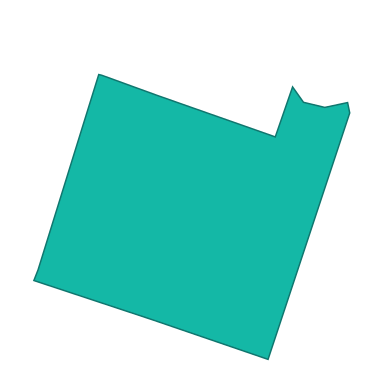 outline of Livingston, Missouri, United States of America, rotated 289°
{"feature_id": "52423323B73589885099286", "entity_name": "Livingston", "entity_type": "district", "adm_level": 2, "iso_a3": "USA", "parent_name": "United States of America", "parent_adm1": "Missouri", "projection": "equal_earth", "projection_center": [-93.472, 39.79], "detail": "fine", "context": "isolated", "style": "filled", "palette": "teal", "viewbox_px": 384, "rotation_deg": 289, "n_neighbors": 0, "source": "geoboundaries", "source_scale": "gbopen_adm2", "svg_char_len": 330}
<svg xmlns="http://www.w3.org/2000/svg" viewBox="0 0 384 384"><g transform="rotate(289 192 192)"><path d="M58.3,195.3L58.5,318.4L318.1,315.4L327.2,310.0L315.2,290.0L313.1,268.2L324.1,252.9L271.2,252.8L272.0,127.6L273.0,68.6L272.7,65.6L68.2,71.8L56.8,71.3L58.3,195.3Z" fill="#14b8a6" stroke="#0f766e" stroke-width="1.5"/></g></svg>